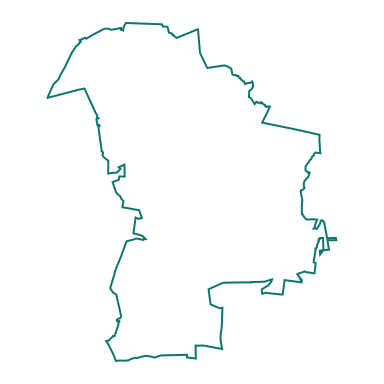 the district of Colón, Querétaro, Mexico
{"feature_id": "50627088B94679660634187", "entity_name": "Colón", "entity_type": "district", "adm_level": 2, "iso_a3": "MEX", "parent_name": "Mexico", "parent_adm1": "Querétaro", "projection": "mercator", "projection_center": [-100.086, 20.75], "detail": "fine", "context": "isolated", "style": "outline", "palette": "teal", "viewbox_px": 384, "rotation_deg": 0, "n_neighbors": 0, "source": "geoboundaries", "source_scale": "gbopen_adm2", "svg_char_len": 5699}
<svg xmlns="http://www.w3.org/2000/svg" viewBox="0 0 384 384"><path d="M121.0,28.0L111.3,29.8L108.3,28.7L108.0,28.6L104.3,28.7L94.0,34.2L86.2,38.7L85.2,37.7L82.8,38.9L79.6,40.1L80.9,41.6L79.4,42.6L79.6,43.1L78.2,44.7L76.1,46.2L71.9,52.6L66.4,64.0L65.8,65.2L65.8,65.4L65.6,65.8L65.4,66.1L65.4,66.3L60.0,75.7L59.1,78.2L58.7,79.1L56.8,81.0L55.0,82.8L53.5,84.2L48.0,96.4L47.7,97.8L79.1,89.6L82.4,89.0L84.5,88.6L95.5,112.6L96.6,114.6L97.0,114.9L97.1,115.1L97.2,115.3L97.2,116.1L97.1,116.7L96.9,117.1L97.1,117.3L97.7,117.8L98.4,118.1L98.6,118.4L98.5,118.5L97.7,118.7L96.8,118.9L96.4,119.2L97.5,125.3L98.0,125.2L98.2,124.9L98.5,124.8L99.0,124.9L99.7,125.4L99.5,126.1L99.2,126.4L99.0,126.7L98.4,127.0L101.7,151.2L102.1,151.4L102.2,151.7L102.3,151.7L102.4,151.8L102.5,151.9L103.0,152.3L103.0,152.5L103.0,153.6L102.6,154.5L102.5,155.2L102.6,155.6L103.6,156.9L105.1,158.4L107.3,159.9L108.3,160.6L108.3,160.9L108.2,161.7L108.3,161.7L108.3,163.1L108.3,165.1L108.3,167.2L108.2,169.2L108.2,171.4L108.3,173.6L108.8,173.4L110.2,173.3L112.3,172.9L116.8,172.6L120.5,169.0L118.7,167.2L124.4,164.6L124.7,176.6L119.4,176.4L118.9,178.3L118.8,179.7L112.6,182.1L115.2,189.7L115.9,192.0L117.4,193.9L120.3,196.3L120.9,198.3L123.5,201.1L122.9,204.3L122.4,207.2L122.4,207.3L124.9,207.7L126.7,208.0L130.6,208.7L132.5,209.1L139.1,210.2L139.8,212.1L140.5,214.1L141.2,216.0L141.9,218.0L139.7,218.5L138.3,218.8L138.1,218.7L135.6,217.6L133.4,233.4L134.4,233.6L139.5,234.9L142.6,236.0L145.6,239.0L143.6,239.3L143.7,239.5L143.3,239.9L141.5,239.6L138.0,238.7L135.7,238.7L133.9,239.4L128.6,240.8L126.5,241.4L121.2,256.0L115.6,269.7L114.0,275.6L110.2,288.2L112.8,292.3L116.3,294.6L117.3,299.3L117.6,300.8L117.7,301.3L118.2,303.0L118.6,304.9L119.1,307.0L119.5,308.8L119.9,310.7L120.6,313.8L121.2,316.3L120.0,318.3L119.3,318.5L118.2,318.7L117.0,319.8L117.0,320.9L117.3,321.3L117.5,321.4L117.6,321.5L117.8,321.0L118.4,321.0L118.9,321.0L119.3,321.1L119.4,321.5L118.8,321.6L118.3,325.0L118.2,325.4L114.5,336.1L114.1,336.1L113.0,336.0L112.8,336.6L110.0,339.1L109.3,339.9L108.8,340.5L106.2,341.0L108.6,344.9L113.4,354.5L116.0,361.0L120.0,360.5L124.4,360.7L126.0,360.6L128.6,360.2L131.7,358.8L133.7,358.1L134.5,357.9L136.6,357.9L138.6,357.7L140.5,356.9L142.8,356.5L145.6,355.8L149.8,356.3L151.6,356.7L153.9,357.5L154.7,357.5L157.5,356.5L159.7,355.8L161.0,355.4L170.6,355.2L178.9,355.0L186.9,354.8L186.9,357.4L192.6,358.1L195.8,358.5L195.8,356.5L195.7,353.5L195.7,352.2L195.7,351.1L195.7,350.4L195.7,349.8L195.7,348.6L195.7,347.4L195.7,346.8L195.7,345.5L196.3,345.5L197.7,345.7L198.7,345.7L201.7,345.5L202.3,345.5L202.8,345.6L205.0,345.8L215.0,347.7L222.1,349.0L220.6,340.2L220.5,335.9L221.4,329.5L221.8,325.7L222.0,320.8L222.4,307.8L220.1,308.2L219.5,308.2L210.5,304.3L208.6,289.2L222.7,282.9L223.9,282.8L224.2,282.7L241.3,282.4L251.3,282.4L251.2,282.1L264.5,281.7L272.0,279.4L271.3,281.8L271.2,281.8L270.9,282.1L268.6,285.1L261.7,289.5L262.0,292.7L262.3,293.8L265.0,292.8L272.6,293.6L282.6,294.6L284.0,284.9L284.2,283.0L284.6,280.1L286.2,280.3L298.0,281.9L298.6,282.0L298.8,282.0L299.0,282.1L299.4,282.1L299.7,282.1L300.2,282.2L300.3,282.2L301.2,282.3L301.6,282.4L301.6,281.4L301.1,280.2L300.4,279.7L300.5,279.6L301.4,279.7L300.8,278.8L300.2,278.1L297.3,274.2L297.6,273.9L299.0,273.5L300.3,273.0L301.8,272.5L303.9,271.7L304.7,271.4L306.0,272.1L314.5,273.4L315.7,263.1L313.6,262.1L315.1,252.9L315.4,250.4L315.8,249.1L315.4,249.0L315.4,248.4L316.2,248.3L317.1,246.9L317.0,245.1L318.2,242.7L318.4,242.0L318.3,241.5L318.9,241.0L318.6,240.6L318.6,240.0L319.0,239.7L318.8,239.2L319.8,239.0L319.8,238.0L323.0,238.0L323.5,250.0L319.8,250.7L319.9,251.9L320.0,253.7L320.1,254.5L323.5,250.1L329.0,249.7L327.4,240.3L336.3,240.2L335.9,237.9L327.1,238.2L324.1,222.1L323.3,221.6L322.5,220.4L320.7,220.5L320.9,221.2L320.7,222.0L320.1,222.8L319.7,224.4L316.9,228.9L315.7,228.5L313.7,228.6L315.1,226.3L315.2,224.9L315.5,223.5L315.8,222.9L317.1,219.6L316.4,219.6L313.8,219.2L313.2,219.3L312.5,219.3L312.3,219.3L312.1,219.3L309.4,219.4L309.1,219.5L308.7,219.6L307.7,219.6L306.2,219.1L305.6,218.8L305.1,218.2L304.8,218.0L304.8,217.9L303.9,216.7L302.9,214.8L302.7,214.5L302.0,214.3L301.9,214.1L301.9,211.4L301.8,207.1L301.8,206.0L302.2,200.9L302.3,200.6L302.3,199.8L301.4,195.5L300.9,193.6L300.8,190.6L301.0,190.4L303.4,189.4L303.5,189.2L304.6,188.0L304.1,187.1L303.8,186.3L303.8,185.8L303.9,182.6L304.4,181.4L304.6,181.0L308.4,176.5L309.7,172.8L309.2,172.4L308.8,172.9L308.2,172.9L307.4,171.6L306.4,171.4L305.4,169.6L305.6,166.4L306.4,165.7L306.6,164.8L307.2,163.9L308.8,162.1L309.6,160.3L310.8,159.5L311.6,158.2L312.2,156.6L313.8,155.4L313.7,154.6L314.0,154.0L315.6,152.5L320.4,153.3L320.0,150.5L319.4,139.9L319.5,134.8L297.3,129.8L262.2,122.6L267.9,111.1L269.7,106.9L269.8,106.6L267.6,106.4L266.3,107.0L265.6,106.5L265.0,105.6L265.2,105.0L264.6,104.7L264.2,104.8L262.8,103.6L262.2,102.8L261.2,103.2L261.2,102.8L260.8,102.3L260.4,102.8L258.0,102.8L257.1,102.0L256.3,101.8L255.9,102.5L254.7,104.1L250.7,98.0L249.0,97.2L249.0,95.2L249.3,92.9L249.0,91.6L250.2,90.3L251.4,89.5L253.0,86.7L252.6,82.2L252.2,81.4L250.6,82.6L249.8,83.0L247.8,83.0L246.1,83.9L244.9,83.9L244.2,81.6L243.3,81.5L242.6,80.6L241.8,80.0L241.0,79.6L240.4,79.0L240.5,78.4L240.1,77.9L239.3,77.9L239.1,77.4L238.5,77.1L238.3,76.5L238.3,76.0L237.2,76.0L236.6,75.8L236.3,75.0L233.8,75.2L232.4,74.4L232.0,72.2L231.2,68.7L227.9,66.6L227.0,66.5L226.7,66.1L224.4,65.4L207.2,68.0L200.0,52.8L198.0,29.3L197.7,29.3L176.7,37.9L175.6,37.2L173.4,35.4L172.5,35.1L172.6,34.7L172.9,34.5L171.2,33.1L169.9,33.0L169.0,32.6L167.5,26.9L167.1,26.7L162.7,26.5L162.0,24.3L125.9,23.0L125.1,24.3L124.4,25.6L123.8,26.9L123.5,27.8L123.4,28.5L123.2,30.5L120.7,29.6L121.0,28.0Z" fill="none" stroke="#0f766e" stroke-width="2"/></svg>